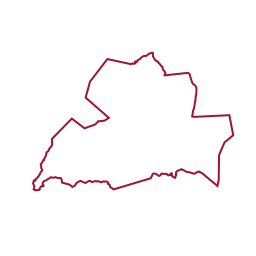 San Lucas, El Paraíso, Honduras (Natural Earth projection), rotated 171°
{"feature_id": "27666195B72821364591060", "entity_name": "San Lucas", "entity_type": "district", "adm_level": 2, "iso_a3": "HND", "parent_name": "Honduras", "parent_adm1": "El Paraíso", "projection": "natural_earth1", "projection_center": [-86.925, 13.744], "detail": "fine", "context": "isolated", "style": "outline", "palette": "rose", "viewbox_px": 256, "rotation_deg": 171, "n_neighbors": 0, "source": "geoboundaries", "source_scale": "gbopen_adm2", "svg_char_len": 5429}
<svg xmlns="http://www.w3.org/2000/svg" viewBox="0 0 256 256"><g transform="rotate(171 128 128)"><path d="M48.7,56.7L47.8,59.4L47.4,60.0L47.2,60.9L46.5,62.6L42.3,87.0L34.9,98.7L25.2,104.4L25.9,124.8L60.7,128.6L62.8,129.3L60.7,135.7L60.2,136.3L59.8,136.9L59.2,138.3L58.6,140.5L58.1,142.1L57.6,143.6L57.0,145.0L56.2,148.6L56.1,148.9L55.6,149.8L55.2,151.2L54.7,153.4L54.3,155.8L54.3,157.5L54.4,158.2L54.5,158.6L54.8,159.0L55.1,159.5L57.0,161.6L57.2,162.1L57.4,162.6L57.7,164.1L58.2,166.9L58.4,168.9L58.5,170.6L58.7,171.3L59.1,172.0L59.4,172.4L60.0,172.9L60.7,173.1L83.7,174.3L83.7,174.5L83.3,175.1L82.7,176.0L82.6,176.4L82.5,176.8L82.6,177.0L83.1,178.5L84.1,179.9L84.2,180.3L84.4,180.9L84.5,181.6L84.5,182.1L84.4,182.7L84.5,183.1L84.6,183.4L85.3,184.0L85.8,184.5L86.2,185.4L86.6,186.2L86.9,186.7L87.0,186.8L87.3,186.9L87.5,187.1L87.7,187.5L87.7,188.4L87.9,188.7L88.3,189.1L89.3,189.7L90.0,190.2L90.5,190.9L91.0,191.7L91.3,192.6L91.7,193.7L92.0,194.6L92.2,195.1L92.1,195.4L92.0,196.2L91.9,196.8L91.8,197.3L91.7,198.2L91.7,198.3L91.8,198.4L92.1,198.2L92.9,198.4L93.3,198.4L95.4,198.2L95.8,197.9L96.3,197.7L98.6,196.4L100.5,196.6L101.2,196.6L101.7,196.5L103.7,195.6L104.5,194.9L105.0,194.5L105.4,194.5L106.5,193.9L107.1,193.7L107.4,193.6L108.0,193.0L108.6,192.1L109.1,191.7L109.3,191.7L109.5,192.0L109.3,192.3L109.3,192.6L109.9,192.6L110.3,192.5L110.7,192.4L110.8,192.2L110.9,191.9L110.9,191.7L110.7,191.3L110.8,190.9L111.1,190.6L111.6,190.5L112.1,190.7L112.6,190.6L113.1,190.7L113.5,191.0L113.8,191.1L114.1,191.0L114.9,190.6L115.1,190.6L137.6,199.3L158.3,179.7L165.1,164.6L145.3,141.0L150.2,138.9L156.6,139.3L156.8,138.9L157.0,138.5L157.3,138.3L157.9,138.1L158.8,137.5L159.3,137.0L159.5,136.7L171.0,134.5L182.0,146.1L204.7,129.2L205.0,127.5L205.5,123.4L205.8,122.8L206.5,122.0L208.8,120.0L209.3,119.4L209.7,118.4L210.2,117.7L210.5,117.6L211.7,117.1L212.1,116.8L212.3,116.6L212.3,116.0L212.7,115.4L213.0,114.5L213.3,113.8L213.5,113.4L214.0,112.8L214.5,112.2L215.3,110.9L215.7,110.4L215.9,110.0L215.9,109.6L216.0,109.4L216.5,109.4L216.7,109.5L216.9,109.4L217.0,109.0L217.1,108.8L217.4,108.5L218.3,107.2L218.7,106.8L219.1,106.6L219.6,106.2L219.8,106.0L220.0,105.7L219.8,105.2L219.8,104.5L219.8,104.2L219.9,103.7L219.8,102.9L219.9,102.2L219.9,101.9L219.8,101.3L219.5,100.7L219.4,100.3L219.3,99.8L219.4,99.6L219.7,99.2L220.5,98.6L220.9,98.2L221.2,97.6L221.9,97.1L222.3,96.6L222.3,96.2L222.7,95.8L223.0,95.3L223.4,94.8L223.6,94.6L224.1,94.4L224.5,94.0L225.7,92.7L226.0,92.4L227.3,91.8L227.5,91.4L227.5,91.2L227.5,90.9L227.6,90.6L227.8,90.5L228.2,90.6L229.1,91.0L229.3,90.7L229.4,90.1L229.5,89.8L230.3,88.7L230.4,88.3L230.4,88.1L230.3,87.8L230.0,86.9L230.0,86.1L229.7,85.1L229.7,84.4L229.8,84.0L230.0,83.3L230.4,82.6L230.8,82.3L230.8,82.1L229.5,81.1L228.7,80.9L228.2,80.8L226.6,80.9L226.0,80.9L225.5,80.7L225.3,80.7L225.0,80.8L224.9,81.0L224.7,81.9L224.4,82.5L223.4,83.3L222.5,84.1L222.3,84.2L221.8,84.1L221.6,84.1L221.2,83.9L220.9,83.8L220.6,83.8L220.4,84.1L220.5,84.5L220.9,86.1L220.9,86.5L220.9,86.9L220.7,87.3L220.3,87.8L219.9,88.2L219.4,88.6L218.9,88.7L217.1,89.1L215.1,90.1L214.2,90.4L213.3,90.6L212.0,91.5L211.9,91.5L211.4,91.2L210.9,91.0L210.1,90.7L209.4,90.6L209.0,90.6L207.7,90.7L207.1,90.8L207.0,90.7L206.7,90.4L206.4,90.2L205.4,89.7L204.5,89.5L203.1,89.4L202.2,88.8L201.9,88.6L201.8,88.4L201.7,86.9L201.6,86.2L201.6,85.9L201.8,84.8L201.8,84.5L201.7,84.4L201.1,84.1L195.4,81.6L194.8,81.3L194.5,81.2L193.5,80.1L192.4,78.8L192.2,78.5L192.0,78.4L191.7,78.5L191.4,78.7L189.5,79.4L189.2,79.7L188.8,80.0L188.3,80.8L187.8,81.5L187.5,81.7L186.5,82.2L185.2,82.7L184.1,83.1L183.5,83.2L183.1,83.2L182.8,83.0L180.3,81.3L178.7,80.4L178.4,80.4L177.9,80.5L176.7,81.2L175.4,81.6L174.7,81.7L174.0,81.7L173.6,81.7L173.3,81.5L173.1,81.1L172.8,80.8L172.4,80.4L172.1,80.3L171.7,80.3L171.2,80.3L169.7,80.6L168.7,80.6L168.2,80.6L167.8,80.3L167.1,80.1L166.6,80.2L166.2,80.3L163.8,79.0L163.5,78.8L162.8,78.6L162.5,78.6L162.3,78.6L162.1,78.7L161.9,78.9L161.6,79.0L160.5,79.0L159.9,78.9L158.9,78.7L158.0,78.6L157.6,78.5L157.3,78.3L156.7,77.8L156.4,77.5L156.2,77.3L156.2,77.2L156.5,76.0L156.5,75.8L156.3,75.7L156.1,75.5L155.8,75.5L155.7,75.4L154.9,74.4L154.8,73.7L154.9,72.6L154.7,72.1L154.3,71.9L153.8,71.7L153.3,71.3L153.0,71.0L152.3,70.0L151.9,69.6L113.5,74.8L113.1,75.3L112.3,76.3L111.8,76.9L111.6,77.2L111.3,77.9L110.9,78.5L110.7,78.7L110.5,78.8L109.9,79.0L109.4,78.9L108.8,78.8L108.2,78.7L107.7,78.5L107.3,78.2L106.9,77.7L105.5,76.2L105.2,76.0L104.7,75.9L104.2,75.9L103.7,76.1L103.2,76.5L102.7,77.0L102.4,77.4L102.1,77.5L101.8,77.6L101.2,77.6L99.1,76.9L97.1,76.7L96.8,76.5L96.6,76.0L96.4,75.7L96.1,75.4L95.8,75.0L95.6,74.9L95.2,74.9L94.6,75.1L94.4,75.1L94.0,74.9L93.7,74.9L93.5,75.1L93.4,75.2L93.3,75.7L93.1,76.1L92.5,76.4L92.3,76.5L92.0,76.5L91.9,76.4L91.8,76.2L91.7,76.0L91.6,75.7L91.7,75.4L92.3,75.0L92.4,74.8L92.4,74.6L92.2,74.1L91.6,73.2L91.1,72.7L90.4,72.1L89.4,71.5L89.2,71.4L89.0,71.6L88.9,71.8L88.3,73.8L88.2,73.9L87.9,73.9L87.8,74.1L87.7,74.5L87.8,74.9L87.8,75.1L87.4,76.8L87.1,77.2L86.7,77.5L84.7,78.3L81.8,78.8L81.3,78.9L81.1,78.7L80.8,78.3L80.6,78.1L80.3,77.9L79.7,77.7L78.6,76.8L77.9,76.1L77.6,75.8L76.6,75.5L74.8,74.7L74.4,74.6L74.0,74.6L73.7,74.5L71.3,73.1L70.2,72.7L69.4,72.5L69.0,72.6L68.6,72.6L68.2,72.8L67.6,73.2L66.9,73.6L66.3,73.8L66.0,73.9L65.6,73.9L65.0,73.8L64.5,73.7L64.1,73.5L64.0,73.4L64.1,73.2L62.4,72.2L62.2,72.0L61.8,71.5L61.3,71.2L61.1,71.0L60.6,70.3L48.7,56.7Z" fill="none" stroke="#9f1239" stroke-width="2"/></g></svg>